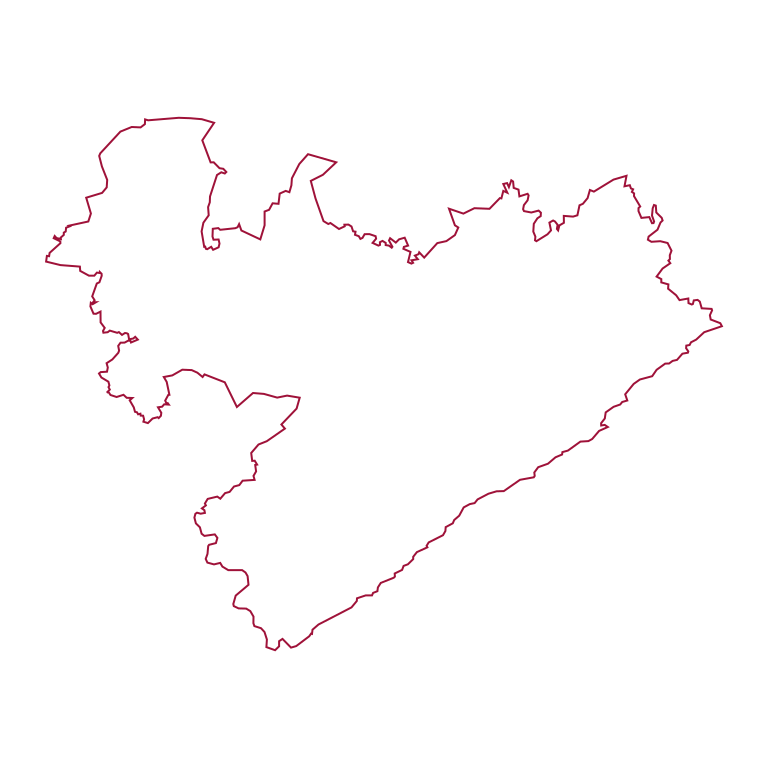 Buffalo City, Eastern Cape, South Africa (Albers equal-area conic projection)
{"feature_id": "47623444B85184421345333", "entity_name": "Buffalo City", "entity_type": "district", "adm_level": 2, "iso_a3": "ZAF", "parent_name": "South Africa", "parent_adm1": "Eastern Cape", "projection": "albers", "projection_center": [27.551, -32.98], "detail": "fine", "context": "isolated", "style": "outline", "palette": "rose", "viewbox_px": 768, "rotation_deg": 0, "n_neighbors": 0, "source": "geoboundaries", "source_scale": "gbopen_adm2", "svg_char_len": 6086}
<svg xmlns="http://www.w3.org/2000/svg" viewBox="0 0 768 768"><path d="M291.0,647.6L296.2,646.1L309.2,636.3L311.1,633.6L312.0,633.9L312.5,629.7L318.5,624.5L351.5,607.4L356.8,601.0L357.0,598.3L365.7,595.4L372.0,595.4L373.1,592.9L377.4,591.2L377.9,587.4L380.8,582.9L393.8,577.7L394.9,576.6L394.7,573.5L402.1,569.9L403.6,565.9L407.9,564.3L413.2,559.1L413.2,556.8L416.9,552.1L427.4,547.3L426.6,545.8L428.7,542.4L443.0,535.2L445.4,531.0L445.7,527.1L452.8,523.3L454.2,520.0L459.2,515.7L463.7,507.4L469.8,504.1L474.6,503.1L477.6,499.4L488.5,493.7L496.6,491.3L503.8,491.1L520.0,479.8L533.8,477.3L534.7,475.9L534.3,472.5L538.2,467.2L548.0,463.7L555.5,457.3L562.1,454.5L562.4,452.1L567.9,450.6L580.4,441.6L588.4,441.1L592.2,439.0L599.1,430.9L607.8,427.0L604.7,424.9L601.2,425.5L601.1,423.2L604.8,418.5L605.7,412.4L613.6,406.8L620.2,404.5L622.2,402.0L627.3,400.5L625.2,394.3L633.7,383.9L639.9,379.5L652.2,376.2L656.6,369.8L665.2,363.6L669.1,363.5L672.6,360.9L677.0,359.9L682.4,353.7L687.9,352.7L688.3,351.4L686.1,348.2L686.3,345.6L689.6,345.0L691.0,342.3L696.2,339.6L704.2,332.2L721.9,326.2L720.3,323.2L710.7,319.5L709.9,315.2L712.1,310.3L711.6,308.9L701.7,308.3L699.8,301.6L697.6,299.9L693.8,300.4L692.9,304.0L691.8,304.5L688.5,303.1L688.3,298.5L679.5,300.1L676.2,295.3L668.1,288.7L668.4,284.4L661.3,282.4L661.3,279.1L656.6,276.6L662.6,268.5L670.3,263.2L668.4,260.6L669.9,259.1L669.8,255.2L671.5,250.7L667.6,243.0L660.3,241.2L651.4,241.8L647.9,239.7L648.6,236.6L657.5,229.7L660.5,222.5L662.6,220.5L661.7,217.8L656.3,212.5L655.8,205.6L654.0,205.0L652.7,208.3L652.0,215.6L654.1,221.5L653.5,223.1L652.0,223.2L649.3,217.1L641.4,217.9L638.5,211.1L638.5,208.1L640.2,206.5L634.0,196.1L634.1,193.4L631.9,191.9L633.1,189.3L630.9,188.4L629.8,185.2L624.5,186.3L626.5,175.8L613.5,179.6L593.9,191.6L589.9,190.0L587.6,198.1L582.9,203.8L579.5,205.3L577.4,215.3L573.1,216.6L563.8,215.9L563.9,222.8L559.4,225.4L558.1,230.4L556.9,228.9L557.6,224.8L555.0,221.5L553.1,220.5L549.4,222.6L551.0,230.4L547.5,234.3L536.4,241.2L535.0,240.3L535.4,236.7L533.3,231.6L533.8,223.8L537.4,218.3L540.7,216.1L540.9,212.7L538.6,210.6L531.3,212.5L524.0,211.1L523.1,209.2L523.9,205.1L527.6,200.3L528.6,195.4L527.6,193.8L519.4,196.4L518.5,189.6L513.7,187.9L513.1,181.5L511.3,180.3L508.9,187.1L507.1,183.1L503.3,184.0L507.3,192.7L503.3,190.9L501.4,198.4L499.9,198.1L489.5,208.8L474.4,208.2L463.4,213.6L449.0,208.7L454.9,225.3L458.3,227.5L454.9,235.1L446.4,241.1L437.3,243.1L424.2,257.6L419.2,252.3L418.5,254.2L414.9,255.6L417.8,259.2L411.5,260.3L413.1,262.8L411.4,263.6L408.0,262.1L410.5,251.9L403.4,248.8L403.9,246.9L408.1,245.6L404.7,237.7L399.1,239.3L395.8,242.6L390.1,238.2L389.0,240.5L392.4,246.8L391.7,247.7L388.9,245.6L385.7,245.1L385.7,242.9L382.5,240.9L379.9,242.2L380.0,244.9L378.4,245.6L372.6,242.9L376.1,238.7L375.6,236.2L369.4,234.1L364.6,234.2L362.5,237.9L360.4,238.9L358.8,236.2L355.0,234.8L355.5,231.7L353.1,231.3L351.5,226.5L348.5,224.6L344.4,224.7L344.7,226.3L339.0,229.0L330.4,223.0L328.3,224.0L323.5,221.1L315.5,198.4L310.8,180.9L322.9,174.8L336.2,162.3L308.0,154.2L299.3,164.0L291.9,178.3L291.4,185.3L289.4,192.2L285.7,190.9L279.7,193.6L278.5,203.8L272.6,203.3L269.1,209.8L264.6,211.5L264.6,225.3L260.3,239.4L241.4,230.5L239.1,224.1L237.6,227.2L235.3,228.2L220.2,229.8L218.3,228.1L212.8,228.8L212.5,236.5L213.5,239.7L218.6,239.5L219.5,243.6L218.6,247.3L213.1,249.8L211.2,246.8L207.2,249.2L205.9,248.8L205.2,246.6L204.2,246.8L201.6,231.4L203.4,222.7L208.7,215.3L208.1,207.1L209.8,202.3L210.0,196.5L217.0,175.0L221.3,172.3L224.8,173.5L226.3,172.0L223.3,168.8L219.5,168.2L213.7,162.3L210.6,162.4L202.3,140.3L214.1,122.8L201.8,119.2L190.1,118.2L178.7,117.8L148.1,120.3L145.1,119.4L144.9,124.1L140.6,127.4L131.7,127.0L120.4,131.6L100.3,153.3L99.2,155.9L101.9,166.4L107.2,179.9L106.7,187.4L102.1,192.9L86.2,197.7L90.9,213.5L88.3,221.5L68.9,225.7L69.8,226.3L66.1,227.7L65.7,231.5L63.8,232.6L63.8,234.9L60.7,237.6L60.9,239.1L56.5,238.0L54.7,236.0L53.7,238.2L60.3,241.4L60.4,243.2L49.6,252.9L49.1,256.2L46.9,255.9L46.1,261.6L60.5,265.1L79.9,266.6L80.2,270.9L89.0,275.7L94.3,275.7L96.9,272.6L99.7,273.0L99.8,272.0L101.6,273.8L101.7,275.8L99.4,282.3L96.8,283.5L92.2,296.4L94.6,300.2L93.1,302.2L96.0,302.2L92.6,304.2L90.8,302.8L90.4,306.4L93.5,313.7L96.1,313.8L100.5,311.6L100.6,322.4L104.7,327.9L103.0,331.0L103.4,332.7L107.7,332.2L109.8,330.6L117.2,332.8L118.9,332.1L122.0,334.9L125.0,333.0L126.9,333.3L128.1,334.0L129.1,339.3L133.3,338.5L135.2,336.8L137.8,339.6L131.0,342.5L130.5,340.9L128.3,340.6L124.6,342.6L120.5,342.7L118.2,345.9L119.1,350.6L118.3,352.8L112.3,359.5L106.6,363.2L107.8,367.5L107.0,371.7L100.7,372.1L99.0,373.5L101.4,377.5L108.4,381.7L109.4,385.4L108.5,387.1L109.8,389.6L106.8,392.6L108.5,392.0L110.5,395.0L116.6,397.0L123.5,394.8L126.7,397.8L132.3,398.0L129.7,400.3L133.8,407.4L135.0,411.8L137.0,412.3L138.1,414.3L140.4,413.7L140.7,415.6L143.1,415.7L144.1,419.3L143.4,421.7L147.9,423.1L152.6,418.5L157.6,417.2L158.7,418.1L160.9,415.8L161.3,412.8L158.0,407.3L162.1,406.7L164.2,404.3L168.8,404.6L167.7,403.1L166.5,403.5L165.2,400.6L168.3,394.9L169.4,394.8L166.7,381.9L163.8,377.0L172.3,375.4L182.3,369.7L191.7,370.1L197.4,372.7L202.6,377.0L204.5,374.4L224.8,382.3L236.9,407.0L253.0,393.0L263.9,393.9L277.2,397.6L287.1,395.6L299.7,397.7L296.6,408.6L281.4,424.5L284.9,428.6L266.8,441.2L258.5,444.5L251.2,453.0L252.2,460.9L254.7,460.7L257.1,464.6L255.2,465.0L256.1,471.4L253.5,475.9L254.6,479.9L242.6,480.7L239.3,485.1L234.0,486.5L229.6,491.9L225.1,493.1L220.3,498.7L217.3,496.6L207.7,498.9L204.9,503.5L205.9,505.4L201.9,508.4L204.4,510.2L204.9,512.9L200.7,513.7L197.0,512.7L195.4,513.8L194.4,517.6L195.9,523.4L199.9,527.3L201.6,533.7L204.4,535.9L214.8,534.4L217.4,537.9L215.9,543.1L209.1,544.8L208.2,546.1L207.5,553.9L205.7,558.9L207.4,562.6L214.0,564.4L220.2,562.9L222.4,566.6L228.2,570.1L242.1,570.1L245.5,572.5L247.6,576.1L248.5,584.8L235.7,595.6L233.3,604.0L233.8,606.1L238.6,608.4L246.2,608.6L250.3,611.1L253.5,616.6L253.4,623.2L254.4,626.1L261.0,628.2L264.5,632.0L266.9,639.5L266.4,647.1L275.1,650.2L279.1,646.3L279.1,641.2L282.5,638.9L291.0,647.6Z" fill="none" stroke="#9f1239" stroke-width="2"/></svg>